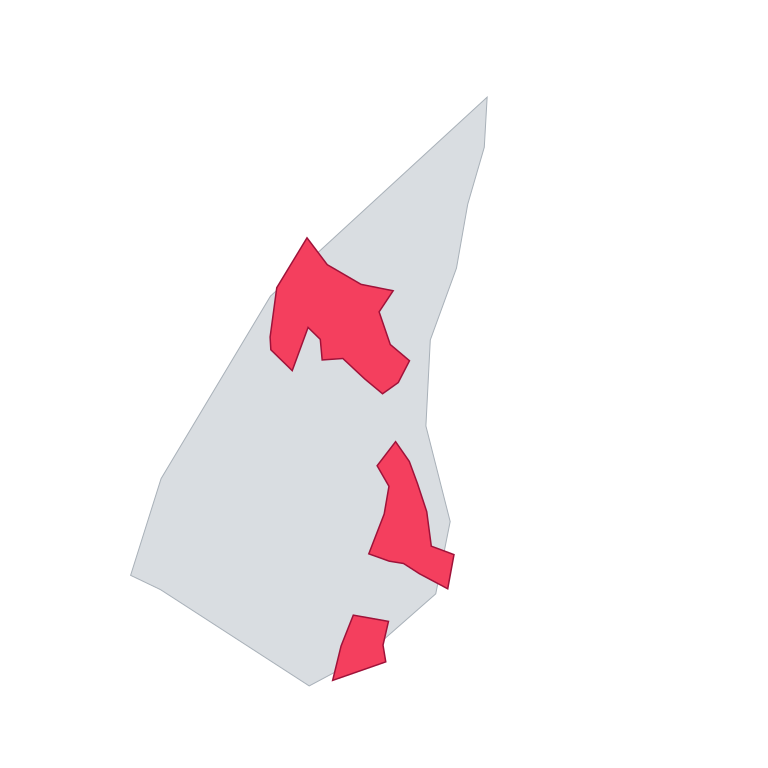 Liechtenstein, with Schaan highlighted, rotated 28°
{"feature_id": "LIE-4896", "entity_name": "Schaan", "entity_type": "state/province", "adm_level": 1, "iso_a3": "LIE", "parent_name": "Liechtenstein", "parent_adm1": "", "projection": "robinson", "projection_center": [9.557, 47.13], "detail": "fine", "context": "in_parent", "style": "filled", "palette": "rose", "viewbox_px": 768, "rotation_deg": 28, "n_neighbors": 0, "source": "natural_earth", "source_scale": "10m", "svg_char_len": 905}
<svg xmlns="http://www.w3.org/2000/svg" viewBox="0 0 768 768"><g transform="rotate(28 384 384)"><path d="M459.7,685.7L283.3,670.5L250.1,671.9L231.6,572.2L242.5,359.7L340.4,82.3L361.4,127.9L373.5,185.9L393.6,247.7L404.2,323.4L440.7,401.4L507.0,474.4L528.2,545.0L494.7,633.5L459.7,685.7Z" fill="#d9dde1" stroke="#a8b0b8" stroke-width="1"/><path d="M395.6,351.5L395.9,376.0L387.3,393.3L364.7,388.6L335.7,380.8L318.1,391.8L306.8,374.5L290.4,369.7L296.7,415.3L268.0,406.9L261.4,396.0L244.1,349.3L247.4,291.1L277.9,305.3L316.9,306.8L348.3,297.4L345.8,322.6L371.0,346.2L395.6,351.5ZM525.9,501.8L536.4,534.9L504.4,534.9L485.5,533.3L471.7,538.0L450.3,541.1L445.2,498.7L436.4,472.0L416.3,459.4L421.3,429.5L442.7,440.5L460.3,456.2L481.7,476.7L501.9,505.0L525.9,501.8ZM516.0,628.5L477.8,669.8L469.1,635.5L465.4,602.5L499.4,591.5L505.7,615.0L516.0,628.5Z" fill="#f43f5e" stroke="#9f1239" stroke-width="1.5"/></g></svg>